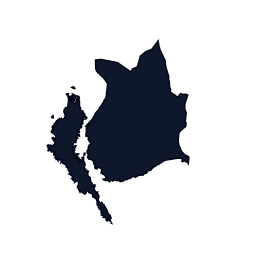 outline of Kota Bitung, Sulawesi Utara, Indonesia, rotated 125°
{"feature_id": "22746128B20507278995893", "entity_name": "Kota Bitung", "entity_type": "district", "adm_level": 2, "iso_a3": "IDN", "parent_name": "Indonesia", "parent_adm1": "Sulawesi Utara", "projection": "mercator", "projection_center": [125.223, 1.491], "detail": "fine", "context": "isolated", "style": "filled", "palette": "ink", "viewbox_px": 256, "rotation_deg": 125, "n_neighbors": 0, "source": "geoboundaries", "source_scale": "gbopen_adm2", "svg_char_len": 6046}
<svg xmlns="http://www.w3.org/2000/svg" viewBox="0 0 256 256"><g transform="rotate(125 128 128)"><path d="M87.3,189.4L90.9,193.6L97.4,188.9L99.4,186.5L99.4,184.5L100.8,184.6L99.7,184.4L100.2,184.3L100.2,184.1L99.2,183.7L100.2,182.0L101.0,177.8L100.6,177.6L103.3,170.2L113.3,164.7L113.4,164.1L116.5,163.3L119.6,163.4L120.7,162.5L122.0,163.2L123.6,162.7L128.1,162.9L129.3,162.5L134.9,163.2L135.7,162.6L139.3,162.6L139.7,162.0L149.6,163.5L149.6,162.6L148.1,162.5L148.1,161.6L150.3,161.1L151.1,162.9L151.4,161.3L152.0,161.0L152.3,161.7L152.6,161.7L151.9,160.7L153.5,160.0L154.3,160.3L154.4,159.6L154.7,160.2L155.1,159.8L154.9,160.0L154.4,159.4L154.6,159.2L156.3,159.4L158.8,157.8L157.6,155.8L160.3,153.8L162.1,149.3L163.7,149.1L164.0,150.0L164.5,150.0L164.1,149.8L166.1,149.8L166.5,149.0L167.8,148.8L168.4,148.1L169.8,148.6L172.1,146.9L172.1,145.9L173.2,144.9L175.0,144.6L176.0,142.6L174.7,139.4L175.4,136.4L176.9,135.8L177.7,133.0L178.9,133.0L180.0,131.7L179.0,129.8L178.0,130.1L177.0,129.3L176.6,126.8L177.5,125.3L180.3,124.4L179.9,119.0L180.7,118.6L180.7,118.0L182.2,117.2L181.8,116.9L182.0,116.7L183.8,118.6L183.6,117.6L180.7,115.8L181.7,115.8L184.1,117.3L183.8,116.5L184.4,116.7L182.6,115.0L182.7,112.5L180.3,111.8L180.2,110.1L178.3,109.2L177.5,106.6L176.2,106.3L176.4,103.9L175.8,102.8L174.6,102.4L174.4,101.6L172.2,101.1L171.2,99.4L170.4,99.6L169.7,98.7L168.3,98.5L168.1,97.3L167.3,97.6L166.5,96.7L164.5,96.2L163.8,95.2L164.5,94.6L163.9,93.6L160.8,92.2L157.7,88.5L156.6,88.8L154.5,87.1L151.4,87.0L149.5,85.2L145.7,84.8L144.3,84.0L143.4,84.1L143.1,83.3L141.8,83.6L140.6,82.2L134.1,79.7L132.0,78.0L124.6,70.4L122.5,67.5L122.3,66.1L122.9,65.0L124.4,64.8L124.3,64.1L122.7,62.9L122.0,59.4L122.5,58.3L117.7,60.9L116.8,62.0L117.4,66.2L116.4,70.9L113.0,76.3L109.8,79.6L103.1,83.4L100.0,83.4L93.8,81.7L92.3,82.3L90.6,83.3L89.5,85.1L82.4,88.9L79.4,92.8L75.8,95.2L66.7,98.0L67.2,100.1L69.0,102.2L69.8,104.7L73.5,105.1L74.6,105.8L74.1,107.9L74.4,113.8L72.0,115.2L70.4,117.6L66.3,120.8L64.9,122.7L62.5,124.2L57.0,131.2L53.3,135.0L51.8,135.7L45.8,146.3L42.8,150.0L39.3,153.3L49.9,153.6L55.1,157.1L61.9,159.1L72.2,155.5L73.4,155.8L77.1,158.3L80.4,157.6L80.5,174.1L87.3,189.4ZM215.0,91.2L214.4,88.8L213.3,90.2L211.6,90.1L209.8,92.5L209.6,95.1L207.7,97.5L205.6,101.8L206.0,102.9L204.8,103.2L204.6,106.2L205.8,108.8L204.7,109.6L204.5,111.1L200.4,112.7L199.0,115.7L197.8,116.1L199.0,117.2L198.1,119.8L196.9,121.2L194.7,121.6L193.6,122.4L194.2,123.4L195.2,123.4L195.4,125.2L193.8,125.6L193.5,127.6L190.2,130.6L190.5,131.4L190.0,133.3L188.9,134.8L186.1,135.7L186.7,138.2L185.2,141.4L182.7,142.1L181.2,143.7L180.6,145.5L177.4,147.6L178.7,148.7L179.8,146.8L180.8,146.9L181.2,146.2L182.2,147.4L181.2,147.6L181.1,148.4L182.6,148.9L181.4,149.2L180.8,150.7L180.8,151.7L182.6,153.0L182.3,154.1L180.8,152.2L179.9,153.2L179.7,154.4L178.2,154.4L177.9,153.5L177.5,153.6L178.8,155.5L181.2,156.7L181.1,157.6L179.2,157.6L179.8,158.6L179.1,159.5L179.4,160.3L178.2,160.5L177.9,158.8L176.8,158.8L175.7,160.0L172.4,160.3L172.5,160.9L174.7,162.0L174.0,163.4L171.1,164.1L169.7,162.4L168.2,163.4L165.6,163.9L165.2,163.4L164.9,164.0L165.5,164.4L164.8,165.6L163.4,165.1L162.4,163.1L161.2,164.4L162.1,165.5L161.7,166.4L160.2,166.5L159.3,165.4L158.4,166.0L158.8,167.3L156.2,167.3L156.2,167.7L154.4,166.4L151.8,168.0L150.6,167.6L150.3,168.7L149.6,168.1L147.9,169.4L146.6,169.2L146.4,170.1L144.7,170.6L143.9,170.4L143.7,169.3L145.2,168.3L144.5,167.6L143.1,167.7L142.8,170.2L141.1,172.0L141.4,173.9L140.3,174.1L139.9,175.2L140.8,175.8L140.2,177.7L139.0,178.1L137.7,180.5L133.9,183.1L132.7,184.7L131.1,185.2L130.3,186.4L131.4,189.0L132.0,186.2L132.6,186.0L132.3,185.1L133.8,185.4L133.7,186.9L136.1,184.6L136.7,185.7L138.5,185.0L139.0,186.1L137.1,188.1L136.5,187.8L136.5,188.4L135.8,187.7L135.7,188.3L133.2,188.4L132.4,190.6L131.7,190.7L132.0,193.1L133.2,192.2L134.8,192.9L135.7,194.2L136.0,195.2L135.4,196.1L134.1,196.4L134.9,197.7L135.9,197.7L135.8,196.5L137.7,193.9L137.4,192.1L136.2,192.2L135.0,191.0L135.6,190.0L136.4,191.0L138.0,189.9L137.6,191.2L138.5,191.4L138.9,192.9L145.6,189.2L147.2,190.9L147.7,190.4L149.2,190.9L151.4,190.0L153.7,186.5L156.5,185.8L158.4,186.5L158.8,187.1L158.4,187.9L159.4,187.8L159.4,189.5L163.0,190.5L164.0,190.0L164.3,190.6L165.3,189.6L166.4,190.8L167.1,189.7L167.7,190.6L168.4,190.2L169.1,189.0L169.5,189.9L170.5,189.3L170.1,190.8L171.1,190.2L171.3,189.2L175.2,188.6L175.6,182.8L176.3,182.0L178.9,181.7L178.7,183.9L179.9,184.4L182.0,178.9L186.2,179.5L186.3,181.5L187.3,181.4L187.3,183.3L188.6,184.2L189.0,182.9L189.8,182.8L189.5,181.3L190.4,181.4L191.1,180.1L191.5,180.8L192.4,180.6L192.5,180.1L190.4,178.8L191.6,176.9L190.1,176.0L190.5,175.1L189.8,173.9L190.2,173.4L191.5,174.3L192.3,173.8L192.8,173.0L191.9,172.5L192.2,171.1L194.3,170.9L193.8,169.6L194.9,168.9L194.0,168.2L194.9,166.6L193.5,167.2L192.6,165.9L193.3,165.2L192.5,164.6L192.6,164.0L194.9,163.1L193.5,162.7L194.1,159.7L193.2,159.5L193.0,158.7L193.9,158.5L193.5,157.5L195.0,156.5L195.5,155.5L195.1,154.2L196.8,152.8L197.9,149.7L198.6,149.4L199.5,150.0L199.3,146.1L200.2,145.2L201.8,145.2L201.5,144.5L202.1,143.3L201.4,142.4L202.3,142.3L202.0,141.0L203.0,140.5L201.2,140.1L200.3,138.2L202.5,136.2L205.3,135.7L208.0,130.7L207.1,131.0L207.0,125.5L205.0,125.0L204.2,126.0L202.8,125.2L202.5,123.7L203.4,123.1L202.3,119.4L204.5,117.5L204.2,113.7L205.6,111.5L208.7,109.1L208.5,107.6L209.6,107.1L209.2,106.4L210.2,106.3L210.2,105.2L210.8,104.9L210.1,103.8L211.7,102.4L211.3,101.6L213.3,101.1L213.1,99.4L214.6,99.7L214.0,96.8L214.3,95.0L215.1,94.4L213.8,95.0L213.3,94.2L215.0,91.2ZM127.0,197.4L126.8,195.1L126.2,194.3L125.5,195.6L126.1,197.0L127.0,197.4ZM163.4,197.2L162.5,195.0L161.0,196.5L163.0,196.7L163.4,197.2ZM174.5,148.0L173.3,148.8L174.0,149.5L175.6,148.4L174.5,148.0ZM216.7,91.8L215.4,91.9L214.7,93.4L215.9,93.3L216.0,92.1L216.7,91.8ZM203.3,106.9L204.1,106.9L204.2,106.5L203.3,106.9ZM215.1,96.5L214.9,96.1L214.6,95.9L214.7,96.3L215.1,96.5ZM215.3,87.1L215.6,87.0L215.5,86.7L215.3,87.1ZM194.8,161.2L194.3,161.0L194.1,161.1L194.8,161.2Z" fill="#0f172a" stroke="#020617" stroke-width="1.5"/></g></svg>